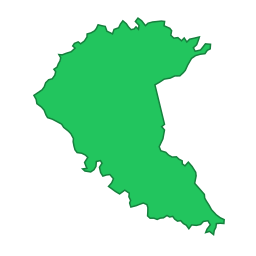 the district of Marumbi, Paraná, Brazil, rotated 268°
{"feature_id": "56859067B89241056373141", "entity_name": "Marumbi", "entity_type": "district", "adm_level": 2, "iso_a3": "BRA", "parent_name": "Brazil", "parent_adm1": "Paraná", "projection": "mercator", "projection_center": [-51.666, -23.754], "detail": "fine", "context": "isolated", "style": "filled", "palette": "green", "viewbox_px": 256, "rotation_deg": 268, "n_neighbors": 0, "source": "geoboundaries", "source_scale": "gbopen_adm2", "svg_char_len": 2426}
<svg xmlns="http://www.w3.org/2000/svg" viewBox="0 0 256 256"><g transform="rotate(268 128 128)"><path d="M35.3,171.5L33.2,174.2L33.6,177.4L30.6,180.0L28.8,182.9L25.2,185.3L28.9,188.2L28.3,193.0L29.1,197.2L32.0,200.1L32.5,204.6L28.4,206.9L24.2,203.5L20.8,202.0L21.8,205.9L18.5,209.8L22.6,210.6L25.5,212.3L29.4,213.0L29.6,216.9L29.2,220.5L33.1,220.9L35.1,217.0L38.2,213.1L43.4,208.6L47.8,206.4L52.7,203.5L55.3,202.2L59.0,202.0L70.4,192.7L77.8,194.4L81.4,194.1L87.3,190.7L91.8,187.1L88.2,183.6L90.3,181.0L93.3,181.0L95.0,177.9L97.5,175.4L97.4,171.1L99.5,167.6L102.4,164.9L104.1,160.0L108.2,158.5L116.0,162.5L124.7,164.4L128.2,161.7L130.4,164.6L170.2,156.4L172.5,160.8L175.6,165.9L176.4,171.9L178.4,176.6L178.3,181.6L181.5,185.3L183.7,187.3L188.8,189.8L192.0,191.8L195.3,193.9L198.0,198.1L199.2,202.7L199.6,207.5L202.9,210.0L204.2,212.9L208.8,213.4L209.4,208.3L205.7,205.2L203.4,203.2L202.4,197.8L205.9,196.1L208.8,199.5L213.1,201.3L216.5,202.5L215.5,197.6L214.6,192.7L211.9,189.8L216.0,187.3L213.3,184.5L216.6,181.0L216.2,176.9L219.2,174.0L223.7,175.0L226.2,173.2L228.9,167.6L233.2,168.3L233.7,165.1L233.1,156.3L232.0,151.7L229.7,149.0L234.7,145.4L237.5,141.8L234.2,139.1L230.2,142.6L226.3,141.9L228.8,139.5L226.7,137.5L226.2,134.4L229.1,131.9L232.2,130.0L235.3,126.6L232.2,124.1L228.5,122.2L227.0,117.5L222.6,115.8L225.5,110.3L230.3,108.8L231.1,105.5L232.2,101.7L228.6,99.9L226.3,98.0L224.4,94.4L223.4,90.4L220.4,90.2L216.5,87.5L213.8,83.6L215.8,81.2L214.4,77.4L211.9,75.6L209.7,77.9L206.2,73.9L204.8,68.8L203.4,64.8L203.8,61.5L200.6,63.2L197.4,62.4L194.5,60.6L191.3,59.2L189.3,56.0L186.8,57.7L183.3,56.7L179.8,54.0L179.0,50.4L176.1,47.3L172.0,45.7L169.1,43.4L163.9,35.1L159.8,37.2L155.5,37.8L151.9,42.3L148.8,44.8L143.9,46.5L141.2,48.0L139.4,52.8L137.3,56.5L134.2,61.8L130.8,63.8L126.9,68.4L124.3,70.7L119.4,73.1L116.2,72.7L111.7,73.4L108.0,74.3L105.2,76.3L104.4,80.9L102.4,84.6L100.0,86.8L95.1,83.4L91.8,84.5L89.1,85.5L88.7,81.2L86.5,83.4L85.4,89.2L87.5,92.5L90.7,94.6L95.6,95.2L96.4,99.3L93.7,100.8L89.7,98.1L84.4,99.1L80.8,101.2L81.8,104.8L82.1,108.3L77.8,111.7L73.8,109.8L70.3,106.5L68.2,109.2L65.1,113.1L62.4,117.3L66.0,122.6L62.8,127.0L59.2,126.5L55.6,128.1L53.0,127.0L48.9,128.1L50.1,133.5L51.2,136.5L52.5,140.7L50.8,144.2L47.8,145.1L43.8,144.9L39.5,144.5L37.1,146.9L37.0,150.7L35.6,154.0L36.8,156.9L37.0,160.3L39.2,163.9L37.6,166.5L38.1,169.6L35.3,171.5Z" fill="#22c55e" stroke="#15803d" stroke-width="1.5"/></g></svg>